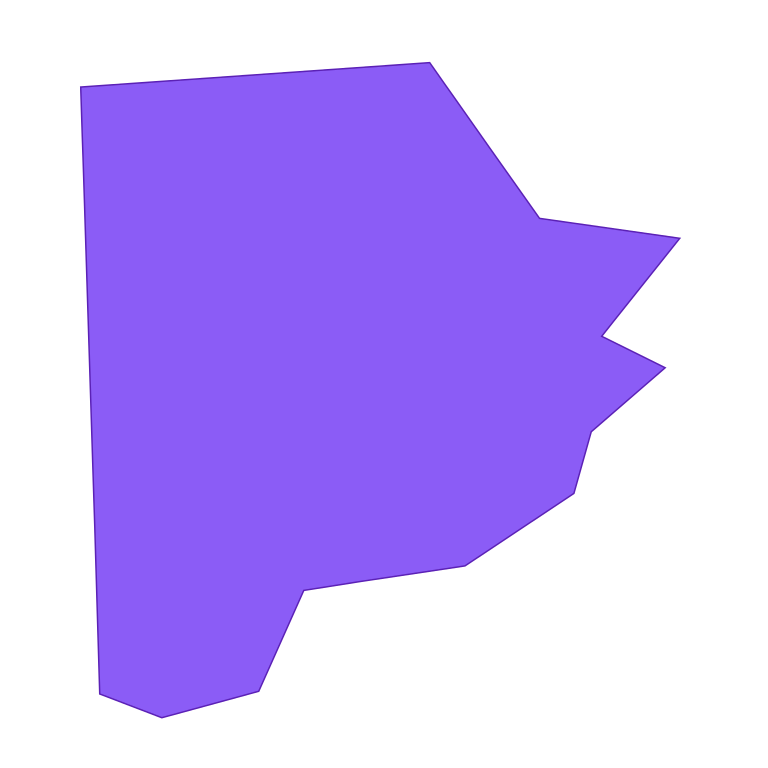 25 de Mayo, Río Negro, Argentina (Robinson projection), rotated 176°
{"feature_id": "61730980B23941823928589", "entity_name": "25 de Mayo", "entity_type": "district", "adm_level": 2, "iso_a3": "ARG", "parent_name": "Argentina", "parent_adm1": "Río Negro", "projection": "robinson", "projection_center": [-69.008, -41.037], "detail": "fine", "context": "isolated", "style": "filled", "palette": "violet", "viewbox_px": 768, "rotation_deg": 176, "n_neighbors": 0, "source": "geoboundaries", "source_scale": "gbopen_adm2", "svg_char_len": 587}
<svg xmlns="http://www.w3.org/2000/svg" viewBox="0 0 768 768"><g transform="rotate(176 384 384)"><path d="M316.0,701.4L325.8,701.4L330.5,701.4L584.3,701.4L665.8,701.4L665.8,700.3L665.9,699.8L667.7,652.3L668.4,632.3L670.3,581.7L670.7,571.6L680.1,325.3L681.2,296.3L682.5,261.4L689.2,94.6L628.9,66.6L530.4,86.2L478.4,183.7L420.5,188.7L315.9,196.9L202.2,261.6L190.7,293.7L181.1,320.5L180.6,321.9L102.4,380.6L163.5,416.4L151.0,430.1L78.8,508.7L190.8,532.7L216.9,538.3L217.3,538.4L262.2,612.3L296.0,668.3L302.1,678.3L316.0,701.4Z" fill="#8b5cf6" stroke="#5b21b6" stroke-width="1.5"/></g></svg>